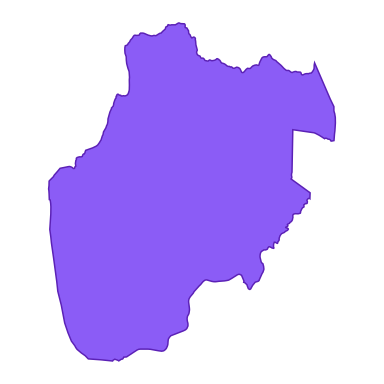 Honey, Puebla, Mexico (Equal Earth projection)
{"feature_id": "50627088B33032017587256", "entity_name": "Honey", "entity_type": "district", "adm_level": 2, "iso_a3": "MEX", "parent_name": "Mexico", "parent_adm1": "Puebla", "projection": "equal_earth", "projection_center": [-98.229, 20.26], "detail": "fine", "context": "isolated", "style": "filled", "palette": "violet", "viewbox_px": 384, "rotation_deg": 0, "n_neighbors": 0, "source": "geoboundaries", "source_scale": "gbopen_adm2", "svg_char_len": 5867}
<svg xmlns="http://www.w3.org/2000/svg" viewBox="0 0 384 384"><path d="M118.8,360.9L121.2,359.3L122.6,359.0L123.2,358.3L123.6,357.2L126.6,356.9L137.1,350.0L138.7,349.3L140.4,349.1L145.3,349.1L148.0,349.1L150.5,349.3L158.1,350.7L161.7,351.2L163.7,350.8L165.2,349.7L166.3,348.5L167.3,346.3L167.8,344.7L167.9,343.7L168.1,340.8L168.4,339.0L169.5,337.2L170.9,335.7L183.5,330.8L185.5,329.8L186.8,328.6L187.9,326.1L188.0,325.2L187.9,323.1L187.6,322.3L187.2,320.3L187.1,318.2L187.5,316.2L188.6,314.3L189.0,313.2L189.5,309.9L189.4,308.0L188.6,301.9L188.7,300.1L189.2,298.5L190.3,296.7L193.3,293.1L194.1,291.6L199.1,286.0L200.6,284.6L202.7,282.0L203.8,281.0L205.1,280.1L206.7,279.9L211.9,281.4L213.9,281.7L215.9,281.7L218.9,281.3L224.3,280.9L226.9,280.5L228.7,280.1L231.7,278.4L237.2,274.9L238.3,274.4L239.1,274.3L239.9,274.4L240.7,274.9L241.5,275.2L243.9,280.9L243.9,281.3L243.7,282.3L244.2,282.4L244.8,282.7L245.9,283.8L246.6,284.3L247.0,284.8L247.1,285.4L248.3,288.6L249.4,289.4L250.0,289.4L250.7,288.9L252.6,285.4L255.1,282.3L255.4,282.1L257.2,281.6L258.5,281.1L259.2,280.3L259.3,279.8L262.1,273.5L262.9,272.3L263.8,269.7L263.9,269.1L263.6,266.3L262.9,263.7L262.0,263.1L261.2,262.0L260.1,257.5L260.0,256.6L260.1,254.8L260.5,253.1L260.8,252.4L261.4,251.5L263.9,249.9L265.6,249.9L266.8,249.5L267.4,249.1L268.1,247.5L268.9,246.8L269.4,246.7L271.1,247.4L271.8,247.9L273.3,248.3L273.7,248.3L273.9,247.9L273.5,246.6L273.6,244.2L274.3,242.2L275.3,242.3L277.0,243.3L277.5,243.3L277.8,242.5L277.9,242.0L278.0,241.6L278.7,240.9L279.1,240.2L279.2,239.8L279.1,239.0L279.3,237.8L280.1,235.6L281.5,233.7L284.4,232.4L285.4,231.4L287.2,230.5L287.8,230.0L288.3,229.2L288.2,228.7L287.8,228.4L285.8,227.6L285.7,227.3L285.9,227.1L287.3,226.5L287.6,226.3L287.9,225.7L287.8,225.3L287.4,224.9L287.4,224.5L287.8,224.1L289.3,223.4L289.6,223.2L289.8,222.5L290.9,221.9L291.7,221.1L292.4,219.9L292.6,218.6L292.9,217.6L292.8,215.3L293.3,214.4L294.2,213.9L295.3,213.7L298.2,213.8L300.3,213.2L300.5,212.8L300.6,211.5L301.8,208.9L302.5,207.8L303.9,207.0L304.0,206.3L303.8,205.3L303.9,204.7L304.7,204.3L305.1,203.8L305.6,203.5L306.7,203.6L307.1,203.3L307.3,202.5L307.4,201.6L306.9,200.3L307.3,199.6L307.9,198.9L308.7,198.4L309.5,198.4L309.9,198.7L310.1,192.8L291.1,179.0L291.8,177.8L291.8,177.1L291.7,176.3L291.5,175.5L291.5,174.8L291.6,173.6L292.0,172.2L292.8,129.7L314.2,132.8L315.6,133.4L319.3,135.3L324.6,138.7L325.1,138.3L325.8,138.2L326.8,138.4L328.1,139.2L329.0,139.2L329.6,139.4L330.2,139.8L330.6,140.3L330.8,140.9L331.6,141.1L334.0,140.6L334.5,134.0L334.9,130.8L335.4,123.0L335.3,117.4L334.7,113.6L334.2,112.0L333.9,110.6L333.9,106.6L330.3,99.2L314.6,62.9L314.2,65.0L314.1,68.5L313.5,70.0L312.4,71.8L311.3,73.0L309.4,73.3L308.4,73.7L307.0,73.6L306.0,73.7L305.0,73.9L302.8,74.9L302.0,74.8L301.5,74.4L300.8,72.5L300.2,72.1L297.1,72.0L296.1,71.5L295.0,71.5L293.3,72.0L292.3,72.5L291.2,72.3L289.0,70.6L288.2,70.4L286.9,70.5L285.9,70.1L283.8,68.3L281.1,65.4L276.6,61.5L275.9,60.6L273.4,59.5L271.9,58.3L271.2,56.7L270.2,55.2L269.4,54.5L268.9,54.5L268.3,55.0L267.6,55.9L266.9,56.7L264.0,56.8L262.6,57.3L261.8,58.1L259.9,61.9L259.3,63.5L259.0,64.9L258.2,65.4L256.4,64.9L254.7,65.2L252.9,65.9L251.5,67.1L250.4,68.4L249.0,68.5L247.5,68.3L246.0,69.5L244.8,71.0L243.5,72.4L242.2,72.6L241.6,72.2L241.0,70.9L240.2,69.1L239.4,68.2L237.9,67.4L236.6,67.2L234.2,68.3L233.1,68.2L232.2,67.4L231.5,66.9L230.4,67.0L229.5,66.4L228.1,66.4L226.7,65.7L225.6,64.6L224.4,63.9L223.5,63.5L221.7,63.0L221.0,62.4L220.5,61.3L219.7,60.2L219.1,59.9L218.8,59.4L217.4,58.7L216.7,58.8L215.9,59.6L214.5,60.3L212.3,60.7L211.2,60.6L210.3,60.1L209.4,60.0L208.8,60.5L208.2,61.0L207.3,61.0L205.1,60.5L204.6,59.9L204.2,59.1L203.4,58.3L202.8,58.1L202.0,58.2L201.2,58.1L200.7,57.6L200.3,56.6L200.0,56.1L198.1,55.3L197.3,54.5L196.9,53.6L196.6,52.5L196.7,51.5L197.2,50.6L197.2,49.7L195.9,44.8L195.6,40.9L195.3,39.9L195.4,38.6L195.1,37.9L194.3,37.2L193.5,37.1L191.9,37.9L190.9,36.9L190.0,34.7L189.0,33.8L188.7,32.9L188.5,30.6L187.9,29.8L186.9,28.0L185.3,27.6L185.1,27.0L185.2,25.7L185.0,24.4L184.4,23.8L180.7,23.6L179.3,23.0L178.4,23.0L175.4,24.8L171.6,24.8L170.4,25.1L169.3,25.0L168.2,24.7L167.7,25.2L167.7,25.7L167.2,26.4L166.3,26.7L165.7,27.2L165.5,28.4L165.1,29.2L162.5,31.5L161.2,33.0L159.6,33.4L155.9,35.7L153.9,35.4L152.3,35.9L151.1,35.9L148.1,35.1L144.2,33.4L143.0,33.1L140.6,33.1L139.8,33.8L139.4,34.9L138.4,35.3L136.8,35.4L134.9,35.2L134.2,35.4L133.4,36.3L132.2,38.3L130.5,40.1L129.5,42.1L128.3,43.3L127.6,44.6L126.5,45.4L125.3,45.7L124.9,47.3L124.8,49.9L125.0,53.2L126.2,56.7L126.3,60.0L126.7,63.6L127.9,68.1L129.1,71.5L129.2,72.5L129.5,77.3L129.3,80.1L129.4,85.1L129.3,89.6L129.1,90.9L128.3,93.4L127.7,94.4L126.9,95.2L125.7,95.8L124.3,95.9L123.3,95.7L122.2,96.0L121.2,96.0L120.9,95.4L120.6,95.2L119.5,95.2L118.1,94.2L117.7,94.2L117.4,94.3L116.8,95.0L116.7,96.0L116.3,96.1L116.1,96.5L116.0,98.0L115.4,98.7L115.1,99.5L114.8,100.0L113.7,103.4L113.6,104.7L113.2,106.1L111.4,108.1L111.5,108.7L110.6,110.5L109.9,112.1L108.0,118.9L107.9,121.5L107.4,124.2L106.6,125.7L105.9,127.8L103.5,131.9L103.0,134.7L102.3,136.0L101.0,140.1L100.5,140.8L99.3,142.8L97.7,145.0L96.3,146.1L92.6,147.9L85.7,150.3L85.2,151.6L85.0,152.6L84.3,153.9L83.5,154.0L82.9,154.7L82.6,155.3L82.5,155.9L82.3,156.5L80.9,156.9L79.8,156.8L78.7,157.0L77.1,157.5L76.3,158.3L76.5,159.1L75.8,160.7L75.4,163.5L75.6,164.8L75.7,166.3L74.9,166.9L74.5,168.4L73.3,168.5L72.6,167.8L71.5,167.1L69.8,166.5L68.5,166.6L60.1,168.3L56.8,172.2L54.1,175.3L53.5,176.6L50.1,180.0L49.1,181.1L49.0,185.6L48.6,189.0L48.9,190.8L49.1,194.2L49.3,199.6L50.2,200.0L50.7,203.5L50.9,206.9L50.8,214.1L49.8,229.5L50.8,236.8L51.4,242.7L53.6,258.1L56.8,281.9L57.8,291.3L61.3,305.2L64.7,323.0L68.0,332.8L71.4,341.1L74.8,345.7L75.8,347.6L77.1,349.4L81.5,353.1L85.2,355.7L88.3,358.9L101.0,359.8L112.6,361.0L113.0,360.3L114.8,359.2L117.9,360.3L118.8,360.9Z" fill="#8b5cf6" stroke="#5b21b6" stroke-width="1.5"/></svg>